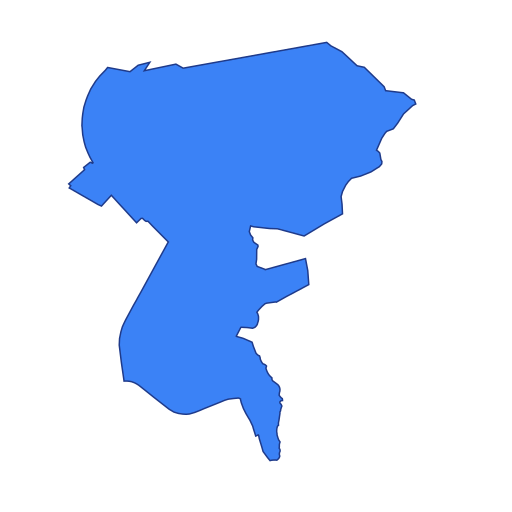 outline of Kosofe, Lagos, Nigeria, rotated 353°
{"feature_id": "59680162B6009908161486", "entity_name": "Kosofe", "entity_type": "district", "adm_level": 2, "iso_a3": "NGA", "parent_name": "Nigeria", "parent_adm1": "Lagos", "projection": "albers", "projection_center": [3.4, 6.587], "detail": "fine", "context": "isolated", "style": "filled", "palette": "blue", "viewbox_px": 512, "rotation_deg": 353, "n_neighbors": 0, "source": "geoboundaries", "source_scale": "gbopen_adm2", "svg_char_len": 4027}
<svg xmlns="http://www.w3.org/2000/svg" viewBox="0 0 512 512"><g transform="rotate(353 256 256)"><path d="M110.1,364.1L112.7,364.4L115.0,364.9L117.2,365.6L119.9,367.0L121.8,368.3L123.8,369.9L129.7,375.9L137.5,383.9L144.3,390.7L150.5,396.9L151.2,397.6L152.8,398.8L154.6,400.2L155.5,400.9L159.8,402.8L162.7,403.6L163.7,403.9L167.4,404.6L170.7,404.7L176.2,403.8L181.6,402.4L186.4,401.0L188.7,400.4L202.3,396.8L207.3,395.4L210.5,394.8L211.5,394.7L216.2,394.7L219.9,394.8L221.1,394.8L222.5,395.4L223.2,396.0L223.1,396.4L223.2,397.3L223.5,399.8L224.9,405.8L226.8,411.1L229.0,416.2L229.3,416.8L230.0,418.4L231.5,423.0L231.9,424.1L232.0,424.6L232.1,425.2L232.2,425.9L232.4,427.2L233.3,432.0L233.8,434.7L234.4,434.5L235.6,434.1L236.3,433.8L236.6,434.1L236.8,434.9L237.0,437.7L238.6,446.9L239.2,450.9L242.9,457.5L245.0,460.8L246.7,460.6L248.9,460.7L250.6,460.9L251.8,461.2L252.8,460.6L254.1,459.5L255.0,458.1L255.2,457.4L255.0,456.1L255.0,455.4L255.3,454.2L255.7,453.4L256.1,452.7L256.2,451.9L256.2,451.4L256.1,450.6L255.7,450.0L255.6,449.6L255.7,449.0L255.9,448.3L256.1,446.6L256.2,446.0L256.6,444.8L257.2,443.5L256.8,442.7L256.0,441.0L255.6,439.1L255.4,437.9L255.3,437.3L255.1,436.3L255.2,435.0L255.2,434.6L255.1,433.0L255.3,431.7L255.4,431.0L255.8,429.4L256.5,427.7L257.1,427.1L257.7,426.8L257.8,425.2L258.0,424.1L258.8,421.7L260.6,415.1L260.6,414.8L260.7,414.0L260.9,413.5L261.5,412.7L261.8,411.4L262.2,410.5L262.7,409.4L263.1,408.6L263.4,408.1L262.8,406.2L262.2,405.5L262.0,405.1L261.8,404.4L261.8,404.0L262.0,403.6L262.6,403.1L263.3,402.7L264.0,402.7L264.7,402.7L264.7,402.4L264.8,401.4L264.7,400.7L263.9,400.0L262.8,398.5L262.0,397.0L262.2,396.1L262.6,394.5L263.2,393.1L263.5,391.6L263.5,390.1L263.2,388.7L262.7,387.5L262.1,386.5L260.9,385.3L258.6,383.1L257.5,382.1L257.0,381.2L256.8,380.6L256.8,379.8L257.0,379.0L256.7,378.6L255.3,376.9L254.3,375.4L253.5,373.7L252.8,371.7L252.4,369.9L252.2,368.7L252.3,368.1L252.9,367.0L253.0,366.4L252.0,365.2L250.9,364.4L249.9,364.0L249.0,362.7L248.3,361.0L248.0,360.0L247.7,358.9L247.7,357.3L247.3,355.5L246.5,355.2L245.1,353.8L244.1,352.3L243.3,349.0L242.4,345.5L241.6,341.1L233.5,336.3L232.0,335.6L229.5,334.6L227.0,333.5L227.0,333.3L226.7,333.1L232.1,325.2L232.5,324.9L238.8,326.0L243.9,327.3L244.5,327.1L245.3,326.9L246.3,326.6L246.9,326.1L247.8,325.4L248.5,324.6L249.1,323.7L249.5,322.5L250.0,321.6L250.7,319.6L251.0,317.5L251.1,316.1L250.7,313.7L250.0,311.9L251.9,310.0L255.7,306.8L259.1,304.5L260.8,304.1L269.8,304.0L270.6,304.3L281.3,299.9L289.7,296.7L304.9,290.8L305.6,276.8L304.8,264.6L263.5,270.7L263.4,270.4L255.9,266.5L255.0,263.8L256.2,259.4L257.5,249.6L259.2,246.8L259.2,245.4L255.5,242.1L254.6,239.7L255.1,237.5L253.2,234.5L252.3,231.0L254.3,225.5L257.3,226.7L272.9,230.4L280.6,231.6L306.2,242.0L327.7,232.4L347.0,224.7L347.7,215.1L347.7,207.4L349.8,202.4L353.7,196.6L356.8,193.3L360.3,190.5L369.6,189.4L380.5,186.5L386.6,183.6L389.3,182.4L392.0,179.9L392.5,177.6L391.7,175.4L391.6,172.7L391.4,168.9L390.1,167.1L388.5,165.7L395.2,154.4L398.9,150.0L400.9,148.2L407.8,146.5L412.7,141.5L419.8,132.9L429.8,125.8L433.1,124.6L432.1,120.5L429.5,119.4L428.7,118.6L422.3,112.0L404.8,107.7L403.8,103.6L386.5,81.9L379.5,79.5L366.3,63.8L356.0,56.6L352.2,52.6L206.6,60.7L199.9,55.8L167.7,58.5L174.2,50.8L162.3,52.3L153.4,57.7L131.7,50.8L129.1,53.3L123.0,58.2L118.0,63.1L112.4,70.0L108.4,76.6L106.3,80.6L103.3,87.3L101.4,93.7L101.0,95.3L100.3,98.3L99.1,105.4L99.1,107.3L98.8,114.5L99.3,121.3L99.6,123.6L100.2,127.4L101.9,133.6L103.3,137.9L105.6,143.6L105.0,144.0L102.9,142.7L95.7,147.1L96.4,149.4L78.9,161.6L80.7,163.7L78.9,165.7L105.4,185.6L108.7,187.6L119.8,178.1L126.7,187.8L141.5,208.5L146.5,204.7L148.0,204.8L149.8,207.1L151.1,208.2L153.1,208.4L156.9,213.6L170.7,231.4L170.2,232.0L155.9,251.9L141.0,272.7L137.4,277.7L133.8,282.6L133.5,283.0L132.2,284.9L128.4,290.0L118.7,303.7L116.2,307.6L114.7,310.1L113.1,313.8L112.7,314.7L110.5,321.3L109.4,327.8L109.4,333.6L109.4,339.8L109.4,345.0L109.7,359.4L109.8,364.1L110.1,364.1Z" fill="#3b82f6" stroke="#1e3a8a" stroke-width="1.5"/></g></svg>